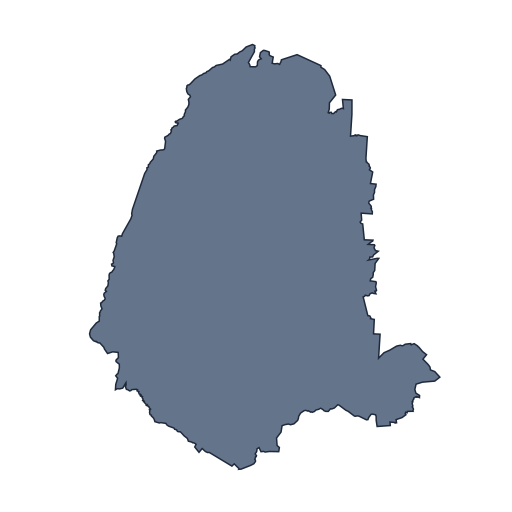 the district of Calvillo, Aguascalientes, Mexico, rotated 355°
{"feature_id": "50627088B90552262632794", "entity_name": "Calvillo", "entity_type": "district", "adm_level": 2, "iso_a3": "MEX", "parent_name": "Mexico", "parent_adm1": "Aguascalientes", "projection": "mercator", "projection_center": [-102.712, 21.911], "detail": "fine", "context": "isolated", "style": "filled", "palette": "slate", "viewbox_px": 512, "rotation_deg": 355, "n_neighbors": 0, "source": "geoboundaries", "source_scale": "gbopen_adm2", "svg_char_len": 6080}
<svg xmlns="http://www.w3.org/2000/svg" viewBox="0 0 512 512"><g transform="rotate(355 256 256)"><path d="M381.9,194.9L376.3,193.8L379.6,182.5L376.5,180.0L377.6,178.3L377.4,177.5L376.5,176.3L376.8,175.6L376.4,174.2L375.0,172.9L374.7,172.1L374.1,172.0L374.0,168.5L377.3,146.8L370.2,145.1L368.6,144.3L367.4,144.4L367.0,145.1L366.2,145.0L365.9,144.1L365.3,144.0L364.5,144.7L360.6,144.8L363.9,123.2L365.2,108.9L355.8,107.6L355.9,116.8L354.7,116.3L353.3,116.5L352.0,117.2L350.5,117.2L349.6,117.7L348.7,119.4L348.1,119.1L347.3,119.5L345.8,120.8L344.0,120.8L343.5,119.4L342.1,119.4L341.5,120.1L340.4,119.5L341.8,116.0L342.5,109.8L349.4,102.6L345.1,83.3L340.6,76.2L337.1,73.6L337.3,72.0L314.5,59.0L298.6,62.7L298.2,63.0L298.2,63.9L296.2,67.2L294.4,66.1L291.2,66.2L288.9,65.4L290.5,59.3L287.4,57.7L286.6,56.5L287.0,55.1L286.8,53.8L282.6,52.0L281.2,51.8L278.1,53.8L276.9,57.9L278.4,60.0L276.1,60.7L275.1,61.6L274.4,62.8L273.9,66.4L272.1,67.5L266.7,66.9L266.3,64.5L265.3,62.6L272.2,52.4L272.4,49.9L273.2,48.6L272.8,48.1L273.2,46.4L271.0,45.0L264.4,46.9L260.1,50.4L257.6,51.3L254.9,53.1L252.3,53.2L248.5,55.4L247.4,58.6L246.7,57.8L239.4,61.9L232.9,62.7L230.9,64.1L229.2,64.4L224.9,67.5L223.1,68.0L222.0,69.2L219.8,69.6L217.6,71.0L215.9,71.3L210.6,74.3L205.5,78.8L204.3,79.6L202.8,79.8L202.0,80.5L201.8,82.1L201.2,83.0L201.4,86.3L202.4,88.7L204.1,90.0L204.6,91.7L202.2,94.1L202.6,96.9L202.3,99.3L201.1,101.7L198.4,104.5L198.3,106.2L196.9,108.6L196.8,110.1L195.6,111.0L194.8,112.4L191.6,113.2L188.8,114.8L187.9,114.7L187.3,115.1L187.4,116.0L188.1,116.4L190.1,116.9L188.8,119.2L185.8,119.4L184.9,120.4L183.5,121.1L182.8,122.8L182.2,123.0L182.6,124.2L181.4,126.6L180.3,126.9L178.9,128.2L175.5,129.7L175.2,130.8L175.9,133.9L174.4,141.0L173.7,141.9L172.4,142.2L170.3,142.1L166.2,142.8L166.3,143.7L165.7,144.8L162.9,147.7L162.1,150.4L158.9,153.4L158.1,154.9L156.7,155.8L156.5,158.1L155.0,158.6L155.0,160.4L152.3,164.1L137.0,198.7L135.8,203.2L136.1,204.6L134.5,208.1L124.9,222.1L123.9,224.6L122.2,224.1L120.4,224.2L119.4,225.7L117.9,230.5L118.3,231.7L115.1,238.8L114.0,240.0L114.5,241.0L114.7,244.4L113.2,247.8L113.4,250.3L112.8,251.0L111.4,251.5L111.6,253.3L114.4,254.2L114.3,254.7L113.2,256.9L110.8,259.6L109.5,259.9L108.5,260.8L108.0,262.1L107.7,266.4L106.3,267.9L106.6,269.8L105.8,272.9L103.4,275.3L102.8,277.1L103.9,278.2L101.5,279.9L101.0,281.3L101.2,283.0L102.0,284.8L101.9,285.6L100.9,286.9L99.4,287.6L98.5,288.7L97.1,289.4L97.1,292.2L98.0,295.2L96.0,297.5L95.8,298.4L95.2,299.0L95.1,302.1L94.6,302.5L94.2,307.2L91.1,308.8L84.8,315.1L83.4,319.1L84.0,322.5L86.7,326.2L89.4,327.6L89.5,327.3L90.9,328.6L93.0,329.1L96.6,333.9L96.8,335.2L99.6,340.2L104.9,339.0L110.3,340.0L110.1,345.2L107.4,347.6L107.4,349.0L110.4,351.9L110.1,355.6L108.2,361.2L107.4,361.5L105.8,363.1L107.5,365.7L105.1,371.7L104.3,377.0L106.2,376.1L108.6,376.5L111.7,376.0L115.4,370.9L115.3,373.2L114.5,374.9L115.3,377.6L116.4,377.9L118.4,379.4L119.5,379.2L120.6,378.3L125.3,378.3L126.4,379.0L125.7,379.9L127.5,381.0L127.1,381.5L127.7,383.4L128.7,383.6L128.5,384.6L129.5,384.5L129.8,385.4L129.3,385.8L130.6,386.3L130.2,387.2L131.1,388.8L130.5,390.0L131.6,390.4L131.3,391.2L132.1,391.5L132.0,392.1L133.6,394.2L133.6,395.2L134.6,395.7L134.9,395.1L135.6,396.6L136.3,396.9L136.5,398.0L137.6,399.3L136.4,399.9L136.8,400.6L136.3,402.6L136.6,404.7L137.9,405.5L137.8,406.2L139.4,408.0L140.4,409.9L140.8,412.2L145.1,413.9L146.6,413.7L151.7,414.9L152.3,416.3L154.0,417.8L159.4,420.3L159.8,421.5L161.7,422.2L162.3,423.6L163.1,424.2L165.4,424.6L168.8,429.0L171.7,431.7L172.5,434.6L175.6,435.7L176.9,436.7L177.7,436.6L179.5,437.9L179.9,438.4L178.3,440.9L182.1,446.6L185.6,443.1L188.6,446.4L190.8,447.6L192.3,447.6L213.7,463.2L216.2,461.2L220.8,466.7L220.5,467.0L222.6,467.0L232.2,464.2L235.7,462.8L237.6,460.6L237.6,459.1L237.1,458.6L238.1,455.9L238.7,455.9L239.1,454.8L238.1,453.5L238.1,452.8L239.6,451.0L240.2,448.2L242.3,447.1L243.9,451.4L246.5,451.3L248.0,452.1L252.2,451.9L261.6,452.9L262.6,448.8L260.5,446.6L260.6,439.1L265.6,433.6L267.2,427.3L270.3,426.5L273.6,426.2L275.7,427.1L279.2,426.5L283.1,423.5L284.1,421.5L284.5,419.5L286.7,416.4L290.4,414.3L292.0,414.1L294.1,415.0L294.6,414.7L296.8,416.3L297.4,416.1L298.4,416.6L300.6,416.0L302.4,414.6L305.0,414.2L307.1,413.3L309.3,414.8L310.2,416.0L312.0,416.9L314.5,417.1L316.9,414.7L318.2,415.0L320.9,414.2L324.5,411.3L325.7,411.8L332.2,417.6L334.2,418.7L339.9,423.9L340.8,424.3L343.1,424.1L344.6,424.5L351.7,428.8L353.2,428.8L354.3,426.6L356.9,423.7L358.0,423.6L361.3,424.6L361.7,426.3L361.4,430.3L361.8,436.4L375.0,436.6L375.0,433.1L380.1,434.0L380.1,434.5L381.5,434.4L381.3,431.2L387.4,429.7L391.5,427.2L390.9,426.0L391.5,424.7L392.8,425.4L393.3,424.0L398.8,424.4L398.6,424.0L399.4,422.9L399.4,421.5L398.5,420.0L399.2,419.1L398.7,416.4L399.3,415.5L398.9,414.7L399.7,414.3L399.6,413.5L400.7,412.3L400.8,411.3L403.2,410.1L403.5,410.6L404.2,410.7L404.4,410.3L406.5,411.3L406.8,409.2L403.3,406.5L402.6,402.8L404.3,397.6L410.8,396.2L423.2,396.2L428.6,392.7L424.0,386.7L419.9,384.7L419.6,381.7L418.1,379.2L413.3,373.3L417.3,369.2L413.6,365.7L410.3,361.0L409.4,360.3L409.2,359.7L405.9,357.1L402.8,358.0L402.5,356.7L396.9,356.9L394.9,358.0L393.8,358.2L392.0,357.5L388.2,358.0L381.2,361.4L375.1,363.5L369.2,368.5L372.8,344.7L366.3,343.8L368.3,329.5L364.6,328.4L365.0,327.6L364.2,325.7L362.2,325.1L359.2,306.1L360.7,305.6L361.4,304.6L363.6,305.4L365.2,305.3L366.3,303.6L368.5,302.8L369.6,303.5L372.2,304.1L371.3,301.4L372.7,301.3L373.1,300.8L372.4,297.1L373.5,293.2L373.2,292.0L367.6,290.7L368.3,288.6L370.4,287.4L371.2,284.6L371.3,282.8L373.0,280.8L374.0,273.8L378.1,269.1L376.5,268.9L367.8,269.8L368.8,269.1L369.3,267.0L372.1,267.1L373.2,265.2L378.2,261.9L375.5,261.0L374.4,258.5L374.4,257.7L375.3,255.9L374.9,255.1L368.7,254.2L372.0,252.0L373.5,251.4L373.9,250.4L365.3,249.3L365.1,233.4L363.3,232.5L362.7,231.2L364.4,229.5L364.5,222.5L375.5,224.2L375.8,222.0L375.0,220.0L375.2,218.7L374.6,218.3L375.1,217.6L375.1,216.4L373.0,213.3L373.1,212.1L373.7,211.1L378.1,209.7L378.3,205.4L379.6,203.0L379.9,200.1L381.4,197.4L381.9,194.9Z" fill="#64748b" stroke="#1e293b" stroke-width="1.5"/></g></svg>